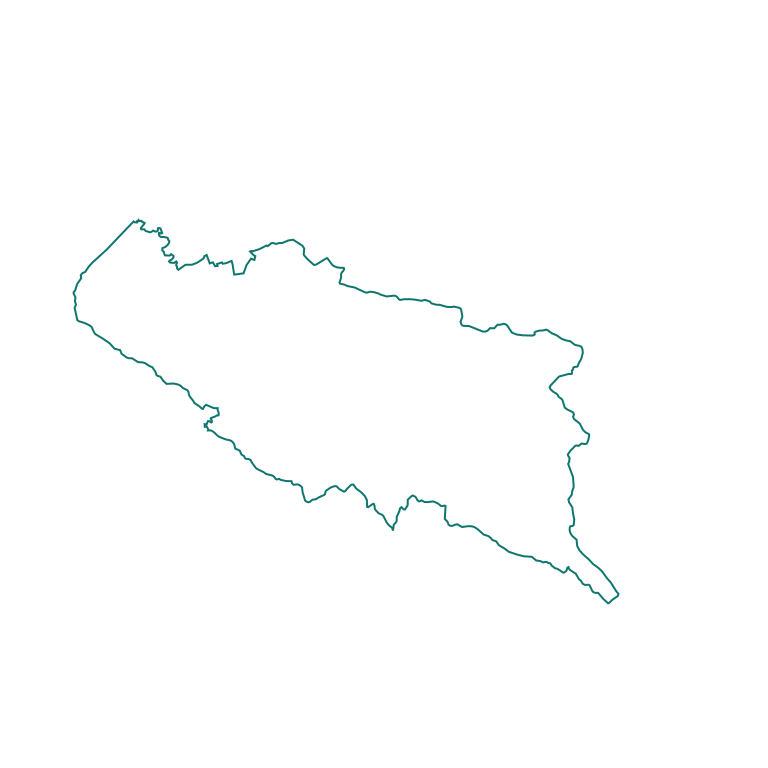 Chun, Phayao, Thailand (Natural Earth projection), rotated 304°
{"feature_id": "78962969B62058634056036", "entity_name": "Chun", "entity_type": "district", "adm_level": 2, "iso_a3": "THA", "parent_name": "Thailand", "parent_adm1": "Phayao", "projection": "natural_earth1", "projection_center": [100.139, 19.355], "detail": "fine", "context": "isolated", "style": "outline", "palette": "teal", "viewbox_px": 768, "rotation_deg": 304, "n_neighbors": 0, "source": "geoboundaries", "source_scale": "gbopen_adm2", "svg_char_len": 6130}
<svg xmlns="http://www.w3.org/2000/svg" viewBox="0 0 768 768"><g transform="rotate(304 384 384)"><path d="M378.8,85.5L340.6,79.0L321.2,74.3L316.0,73.6L309.8,73.6L307.3,72.0L304.7,71.7L302.4,73.8L295.2,73.7L289.0,75.6L286.4,75.4L285.2,76.4L283.3,79.8L280.0,81.3L277.6,84.2L274.1,85.0L265.5,94.0L265.4,95.9L267.1,101.6L268.0,107.0L267.7,109.9L264.9,114.3L263.9,116.8L264.4,124.9L264.3,133.9L262.6,140.9L264.5,146.4L262.3,149.6L262.1,155.8L262.5,157.7L264.4,160.7L264.6,167.9L266.9,171.7L267.7,174.4L267.7,179.7L268.4,182.4L266.3,187.7L264.2,190.4L264.2,191.7L265.0,194.6L263.2,199.2L262.5,203.6L266.7,209.3L268.4,213.4L268.8,216.1L268.2,219.7L268.9,224.4L268.4,225.9L266.2,228.1L265.0,230.1L263.3,235.4L262.2,237.5L262.3,243.0L261.7,246.9L262.1,247.8L265.5,247.6L267.3,248.2L268.8,256.4L271.0,259.7L269.7,260.3L268.1,262.6L266.6,263.9L265.4,264.3L264.8,263.2L262.6,262.2L259.1,259.6L258.2,259.8L257.5,261.6L256.2,262.5L255.5,262.3L255.5,259.8L254.7,258.8L251.4,259.5L250.4,257.7L248.3,259.4L249.7,260.6L248.1,263.7L247.0,264.0L248.5,266.0L249.0,268.0L248.8,270.9L248.1,274.2L248.1,277.1L249.5,283.6L251.3,288.1L251.4,290.6L250.3,293.5L247.3,296.8L248.1,301.6L245.8,305.3L246.0,308.3L244.8,310.2L244.7,311.4L246.0,313.4L246.4,315.8L244.7,319.1L242.7,324.9L242.7,327.4L243.6,333.3L243.5,336.6L245.8,343.0L245.6,345.1L244.7,347.2L244.9,348.5L246.7,350.2L246.8,352.2L248.9,357.3L251.7,361.6L250.1,363.6L249.9,365.4L252.5,368.5L252.9,370.3L252.8,372.7L252.3,374.0L248.7,377.1L243.3,383.7L243.1,384.7L243.5,387.2L244.6,388.4L247.9,389.3L250.7,392.2L253.3,393.2L258.5,396.4L259.7,396.7L262.8,395.5L268.8,397.9L271.9,400.4L272.5,401.5L272.6,402.4L271.9,405.7L272.3,411.1L274.2,411.9L276.3,411.9L282.2,413.2L283.5,414.8L281.8,419.3L281.5,425.5L280.4,430.8L278.2,434.7L272.7,438.7L272.9,439.7L278.5,441.9L278.9,442.6L277.7,444.3L275.3,446.3L274.9,447.2L273.8,451.8L274.5,455.0L274.3,457.1L270.6,463.9L269.6,467.3L269.4,471.0L267.5,473.4L272.8,470.8L276.3,471.3L277.7,471.0L281.0,468.8L287.0,467.9L289.8,466.8L291.7,467.4L291.1,470.7L291.8,471.6L296.7,471.4L301.4,468.4L306.3,469.5L307.6,470.1L308.1,473.1L306.4,476.8L306.2,478.5L306.4,479.0L308.5,480.1L308.8,483.5L310.6,486.4L314.0,490.2L314.5,491.7L315.1,495.8L314.8,499.5L315.4,500.7L317.0,502.1L317.2,503.3L306.1,509.9L305.4,513.4L303.6,516.2L303.4,517.8L304.6,520.1L306.5,521.1L308.7,523.2L309.1,528.7L313.4,533.5L315.2,536.6L315.9,538.8L316.0,542.9L314.9,550.7L316.2,555.3L316.1,558.4L315.3,561.3L316.3,564.8L314.6,569.7L315.0,575.7L314.7,581.4L317.3,590.6L319.3,596.1L323.4,603.2L322.8,608.8L324.6,612.6L325.2,615.9L326.7,617.2L327.6,618.9L327.4,620.0L328.3,622.1L327.3,624.3L326.9,628.7L327.8,631.3L327.8,638.1L328.5,638.8L330.9,639.7L334.4,638.8L335.4,639.3L334.2,640.9L333.9,642.2L333.9,649.2L331.2,654.8L331.1,656.9L329.5,660.7L329.8,663.0L331.9,665.7L332.1,666.9L329.0,672.3L328.5,673.9L329.1,676.2L330.6,678.3L328.5,685.7L327.5,692.4L328.2,693.0L333.2,694.1L338.6,696.3L340.2,696.2L341.3,695.5L342.0,692.6L346.3,682.9L347.4,678.4L350.7,669.1L351.5,663.9L351.6,658.4L353.0,652.4L354.2,643.9L355.4,639.1L357.7,634.8L362.6,630.7L363.3,624.9L364.8,621.6L366.5,619.7L368.8,618.3L370.2,618.0L371.7,619.7L373.0,620.2L378.1,617.5L382.8,612.7L387.0,609.1L389.4,603.6L391.5,601.4L397.0,601.6L400.9,599.8L404.1,599.1L405.6,598.2L412.6,592.7L420.7,581.4L423.5,580.8L426.5,579.1L427.6,576.6L428.4,575.8L433.2,575.9L439.9,577.2L440.8,578.1L441.5,580.0L444.5,580.8L445.2,581.3L446.8,584.5L448.1,585.4L451.2,584.9L456.3,582.9L457.1,581.8L456.6,578.4L457.2,574.7L460.7,568.3L461.2,561.3L462.5,559.1L465.0,558.5L466.2,556.6L465.4,550.3L465.5,547.1L470.5,540.9L470.9,539.6L471.0,535.9L472.0,534.3L472.4,531.8L472.2,528.7L472.8,524.8L473.9,523.2L475.8,522.9L488.0,524.9L495.3,531.2L497.1,533.8L497.6,534.0L500.2,532.3L501.5,532.6L503.1,531.9L504.5,532.2L506.3,534.4L507.3,534.6L510.1,533.8L515.1,533.5L521.0,531.4L523.8,529.1L525.3,526.7L524.7,524.1L523.2,520.5L523.6,514.4L522.1,511.1L520.8,506.2L520.9,499.9L519.9,494.8L520.1,489.4L519.8,488.1L517.8,486.4L515.0,482.8L512.2,480.5L510.9,480.0L509.2,481.3L507.3,480.2L502.0,471.9L499.3,466.5L498.1,461.4L501.5,453.1L501.4,450.7L500.6,449.3L497.8,446.9L496.7,445.0L491.8,444.2L489.6,440.7L486.0,440.0L484.0,438.6L482.8,436.8L479.6,422.1L476.5,417.1L476.4,415.7L476.8,414.6L478.4,412.6L483.4,411.4L484.5,410.6L489.0,406.1L489.4,404.9L489.2,403.7L487.3,398.7L485.4,396.8L483.0,392.8L480.8,385.9L478.9,382.9L477.4,378.3L478.0,375.6L476.6,370.8L473.9,368.5L471.1,362.1L468.5,357.6L465.7,353.5L462.7,350.3L462.6,348.9L463.5,346.1L463.5,344.4L462.7,342.7L458.1,337.3L456.2,331.3L455.9,328.6L454.6,324.5L452.8,320.9L450.6,319.2L449.5,317.6L447.6,305.7L444.8,299.0L444.2,295.5L442.6,291.4L443.2,290.4L448.3,288.9L451.1,287.0L452.9,286.6L454.6,287.0L456.8,286.8L457.8,285.7L455.2,281.6L454.3,279.4L453.7,276.2L453.7,274.9L456.5,267.0L456.5,266.2L445.1,261.0L443.5,259.3L444.8,250.6L446.0,245.8L446.5,245.0L451.7,242.1L453.0,239.1L452.8,228.0L449.5,224.4L444.0,220.8L441.9,217.9L439.9,216.4L438.8,213.1L437.8,211.9L433.2,210.5L433.2,209.2L426.0,205.2L420.6,200.9L420.1,199.7L419.0,198.9L417.9,203.7L418.0,205.8L414.3,207.2L413.6,203.7L405.9,203.5L397.2,205.7L390.9,198.6L398.6,191.5L400.8,188.8L395.9,185.6L393.5,183.0L394.2,181.7L390.1,178.5L388.8,180.0L387.2,178.0L389.2,174.1L386.5,172.1L391.8,164.8L389.5,163.6L387.6,164.2L386.1,163.8L380.1,161.3L375.5,158.1L371.8,152.7L363.7,149.7L364.1,147.8L365.3,147.0L366.3,145.2L368.9,144.5L369.4,143.2L367.1,142.4L365.1,138.9L365.3,137.3L366.3,137.2L368.4,138.4L371.2,138.7L372.4,138.0L372.6,134.9L370.7,134.6L368.1,130.4L370.6,127.2L370.8,125.4L372.8,124.3L375.2,126.0L377.9,126.8L380.6,126.9L382.4,126.2L383.0,124.3L383.9,123.5L384.1,122.7L382.9,119.5L381.2,117.0L381.1,115.3L381.9,113.9L383.4,112.9L383.8,113.4L384.0,115.0L385.1,115.7L388.0,111.6L387.7,110.5L386.7,109.5L384.8,110.7L383.4,110.3L382.4,108.9L382.0,106.7L380.1,106.2L378.9,105.2L377.6,100.7L378.2,98.8L376.6,96.5L376.6,95.7L377.2,95.2L382.6,95.7L383.6,95.6L383.7,95.2L383.4,93.6L383.0,93.3L383.6,91.6L382.2,90.0L382.7,88.9L381.5,88.8L380.9,88.2L380.2,89.0L379.8,89.0L378.6,86.8L378.8,85.5Z" fill="none" stroke="#0f766e" stroke-width="2"/></g></svg>